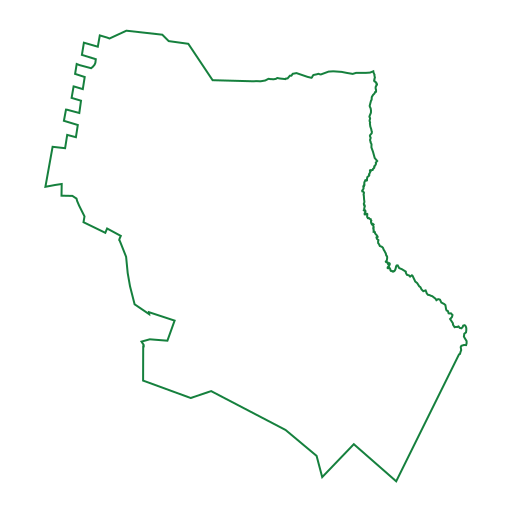 Chongwe, Lusaka, Zambia
{"feature_id": "96606910B32717004733154", "entity_name": "Chongwe", "entity_type": "district", "adm_level": 2, "iso_a3": "ZMB", "parent_name": "Zambia", "parent_adm1": "Lusaka", "projection": "equal_earth", "projection_center": [28.753, -15.39], "detail": "fine", "context": "isolated", "style": "outline", "palette": "green", "viewbox_px": 512, "rotation_deg": 0, "n_neighbors": 0, "source": "geoboundaries", "source_scale": "gbopen_adm2", "svg_char_len": 5894}
<svg xmlns="http://www.w3.org/2000/svg" viewBox="0 0 512 512"><path d="M61.7,184.0L61.5,195.7L72.4,195.9L76.5,198.6L77.1,200.9L79.1,205.6L84.5,216.4L83.5,222.2L105.3,232.8L107.1,228.5L120.8,235.9L119.6,238.6L119.2,240.0L119.6,240.5L120.8,243.4L126.1,256.8L127.7,273.1L130.0,286.2L134.6,304.3L149.2,314.2L149.0,312.2L174.6,320.6L167.4,340.7L149.8,339.3L141.5,341.6L143.7,345.0L143.7,346.4L143.2,346.4L143.1,380.6L190.7,398.0L211.1,391.1L285.6,430.0L316.6,455.9L322.2,477.1L353.8,444.2L396.2,481.3L459.0,354.4L460.0,353.9L460.5,352.0L461.2,350.1L460.7,347.1L461.4,345.8L463.9,345.0L466.1,345.1L466.6,343.2L466.6,341.1L464.8,338.2L463.9,336.6L464.3,333.7L466.0,332.4L466.3,330.3L466.3,328.1L465.8,326.5L465.1,325.5L464.5,325.2L463.2,325.6L462.8,326.7L462.5,327.2L461.4,328.3L459.7,327.9L458.5,326.4L458.3,326.4L457.4,327.0L455.7,326.9L454.6,327.2L453.0,324.7L452.9,323.3L450.1,319.0L451.3,317.8L452.0,316.9L452.5,315.0L450.9,313.3L449.3,313.5L448.6,313.3L448.0,311.3L447.8,311.0L446.6,310.5L446.1,309.3L445.4,305.1L444.3,304.1L441.3,302.5L440.0,299.7L438.7,299.2L438.0,299.2L436.4,300.2L435.6,298.8L432.3,296.2L430.7,295.7L429.6,295.1L427.9,294.8L426.7,293.3L426.1,291.5L425.6,290.4L423.3,291.2L421.5,289.4L420.5,287.3L420.2,287.0L419.2,286.3L417.2,283.1L415.2,281.5L414.3,279.4L414.2,279.3L412.6,275.9L411.9,275.3L410.1,276.6L409.0,275.4L406.9,274.8L405.8,272.7L405.8,271.6L403.0,269.9L401.9,269.2L399.2,268.1L397.7,265.4L397.1,265.4L396.6,265.5L396.4,265.8L396.0,266.8L395.9,267.6L395.7,268.0L395.7,268.4L395.5,268.8L395.4,269.4L395.2,269.6L395.1,270.0L394.5,270.9L394.2,271.2L393.0,271.7L392.8,271.6L392.7,271.1L391.9,271.2L391.6,271.0L390.9,270.9L390.8,270.6L390.5,270.4L390.4,270.1L390.4,269.5L390.1,268.9L389.5,267.9L389.1,268.0L388.5,268.3L387.8,268.2L387.6,268.0L387.7,267.3L388.1,266.8L388.5,266.7L388.9,266.2L389.7,264.5L389.8,263.9L389.4,263.2L389.1,263.2L388.7,263.5L388.5,264.5L388.2,264.4L388.1,264.1L387.9,263.7L387.7,263.4L387.7,263.2L387.8,262.6L387.7,262.4L387.2,262.2L386.3,262.2L385.9,261.9L385.8,261.5L386.4,261.0L386.9,260.0L387.1,258.3L387.2,258.0L387.1,256.6L387.0,256.2L386.4,255.7L386.2,255.4L386.1,254.6L385.9,254.2L385.9,253.8L385.8,253.3L385.5,253.0L384.3,250.6L384.0,250.3L383.6,249.5L383.0,247.9L382.3,247.1L382.0,247.0L381.7,246.7L379.8,246.0L379.3,244.9L379.3,244.6L378.7,243.8L378.2,243.2L378.1,242.1L378.1,241.4L378.4,240.4L378.4,240.1L378.2,240.0L378.0,239.7L377.4,239.3L377.0,238.9L376.7,238.3L376.7,237.7L376.5,237.3L376.9,237.0L377.3,237.1L377.6,237.0L377.6,236.6L376.6,235.1L376.2,234.6L375.8,234.3L375.1,233.3L375.0,233.0L375.0,232.6L374.7,231.8L374.3,231.5L373.8,231.9L373.6,231.9L373.6,230.5L373.7,229.9L373.6,228.9L373.3,228.8L373.2,228.0L373.5,227.8L373.7,227.2L373.4,226.0L373.1,225.7L373.0,225.3L373.2,224.7L373.5,224.4L373.0,224.0L372.7,224.7L372.3,224.7L371.9,224.5L371.6,223.6L371.3,223.3L371.0,222.0L371.0,221.5L371.3,220.6L371.0,220.3L370.7,219.2L370.3,219.2L369.4,218.6L369.0,218.1L368.2,218.3L367.9,218.2L367.8,217.6L367.4,217.4L367.2,217.0L367.1,216.1L367.3,214.7L367.3,214.0L367.2,213.9L366.6,213.9L366.4,214.1L366.1,214.2L365.7,213.9L365.0,214.5L364.7,214.4L364.7,214.1L364.6,213.9L364.6,213.5L364.7,213.2L365.0,212.9L365.1,212.3L365.4,212.2L365.5,212.0L365.4,210.8L365.0,210.3L364.4,210.5L364.1,210.5L363.8,210.2L364.1,209.8L364.3,209.1L364.2,208.5L364.3,208.1L364.5,207.5L364.5,206.7L364.8,206.4L364.7,205.3L364.3,204.9L364.0,204.9L363.8,203.8L364.0,203.2L364.2,202.9L364.4,201.7L364.1,199.6L363.8,195.3L363.6,195.0L363.6,194.1L363.8,193.9L363.8,193.6L364.0,192.8L363.3,191.6L362.3,191.4L362.2,191.0L362.2,190.5L362.5,190.2L363.5,188.7L363.6,187.8L363.4,187.3L363.3,186.6L363.5,186.4L363.5,185.8L363.7,185.5L364.1,185.7L364.2,185.2L364.5,184.9L364.2,183.9L364.4,183.4L364.3,182.8L364.4,182.1L364.8,181.6L365.2,180.4L365.4,180.1L365.7,180.1L366.7,180.6L367.0,180.3L367.0,178.8L367.2,177.9L367.2,177.5L367.4,177.0L368.9,175.9L369.0,175.3L369.3,175.1L369.3,174.9L369.0,174.5L369.1,174.0L369.5,173.6L369.9,172.6L370.5,171.5L370.1,171.2L369.9,170.9L370.0,170.3L370.4,170.1L371.1,170.2L372.6,170.0L373.0,168.9L373.7,168.4L374.2,167.8L374.1,167.1L374.4,166.9L374.4,166.1L375.1,165.6L376.0,163.8L375.8,162.6L377.2,161.0L374.7,158.0L373.0,151.8L371.4,147.4L371.5,144.3L371.0,143.1L370.6,142.6L370.6,141.6L370.2,140.9L370.1,140.2L370.1,139.6L370.4,138.9L370.6,138.2L370.6,137.4L370.2,136.9L369.9,135.8L370.2,135.0L371.7,133.3L371.9,131.7L371.5,130.8L371.3,129.5L370.9,128.2L370.3,126.5L369.9,123.4L370.1,122.4L369.6,121.1L369.6,120.2L369.9,119.4L370.1,118.4L369.8,117.5L369.4,116.8L369.7,115.7L370.9,112.8L371.0,110.7L370.7,108.6L370.4,107.8L369.8,106.6L369.7,105.7L370.8,101.5L371.1,100.5L371.6,99.8L371.7,98.7L371.7,97.7L371.9,96.8L372.3,96.1L372.7,95.6L373.1,94.8L374.0,94.0L374.6,93.3L375.0,92.2L375.3,92.2L376.0,91.8L376.1,91.1L376.0,89.7L375.7,88.9L375.6,87.7L375.7,86.8L376.2,86.0L376.3,85.3L376.7,85.1L377.0,84.7L377.0,84.1L376.7,83.8L376.3,83.5L376.3,82.7L375.1,81.5L374.6,81.5L374.3,81.2L374.1,80.4L374.2,79.9L374.5,79.3L374.5,78.5L374.9,77.7L374.4,75.3L374.5,74.7L374.0,73.7L373.5,72.5L373.3,71.3L370.0,72.6L365.3,72.9L356.0,72.9L352.7,73.9L346.7,72.9L341.7,71.9L333.3,71.3L328.6,71.6L321.0,74.4L320.2,74.4L318.4,73.8L316.8,74.3L313.4,75.0L312.6,76.1L311.9,77.5L311.4,77.8L307.6,76.9L296.5,73.1L292.7,73.8L291.4,75.7L289.9,75.7L287.6,78.4L285.8,78.6L285.5,79.1L279.8,78.5L277.3,78.0L275.8,78.9L273.2,79.3L271.7,79.1L270.5,79.1L268.5,78.8L265.2,80.5L260.5,81.3L256.2,81.1L253.6,81.3L212.6,80.2L188.3,43.8L168.7,41.1L162.3,34.7L126.4,30.7L109.5,38.5L107.2,37.6L99.8,35.4L97.8,46.7L83.9,42.7L81.9,54.9L95.8,59.2L95.4,62.6L95.1,63.5L94.5,64.8L92.8,66.8L91.1,68.2L79.5,65.1L76.7,64.0L75.1,73.9L84.7,77.0L82.8,89.1L74.1,86.5L73.6,86.4L71.6,97.9L81.0,100.7L79.3,113.0L67.0,109.7L66.0,109.6L63.9,120.8L77.8,125.0L75.9,137.2L67.2,134.9L65.1,148.2L52.6,146.8L45.4,186.8L55.0,185.0L61.7,184.0Z" fill="none" stroke="#15803d" stroke-width="2"/></svg>